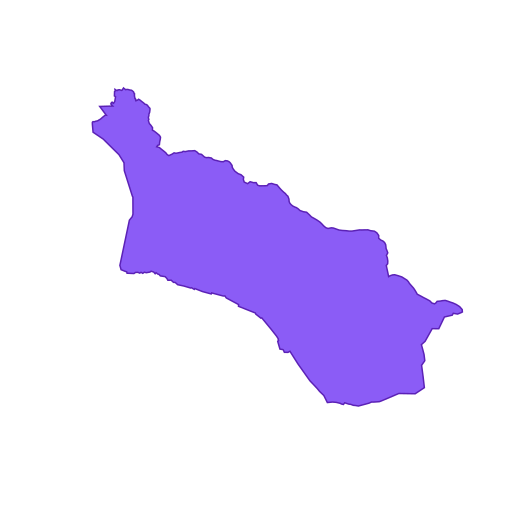 outline of Santa Catarina Lachatao, Oaxaca, Mexico, rotated 304°
{"feature_id": "50627088B86779722307239", "entity_name": "Santa Catarina Lachatao", "entity_type": "district", "adm_level": 2, "iso_a3": "MEX", "parent_name": "Mexico", "parent_adm1": "Oaxaca", "projection": "natural_earth1", "projection_center": [-96.485, 17.188], "detail": "fine", "context": "isolated", "style": "filled", "palette": "violet", "viewbox_px": 512, "rotation_deg": 304, "n_neighbors": 0, "source": "geoboundaries", "source_scale": "gbopen_adm2", "svg_char_len": 4939}
<svg xmlns="http://www.w3.org/2000/svg" viewBox="0 0 512 512"><g transform="rotate(304 256 256)"><path d="M325.0,458.4L326.9,456.9L327.9,453.2L327.8,449.1L327.2,445.6L326.4,442.8L325.8,440.3L325.0,437.7L323.3,435.6L321.7,434.0L319.7,431.5L317.9,431.4L316.2,430.8L315.4,428.1L316.0,425.2L315.6,421.1L315.2,418.0L315.0,415.5L314.7,412.9L314.5,411.0L315.5,409.1L316.7,406.5L317.5,404.5L318.3,401.4L319.1,398.4L319.9,396.7L320.4,394.6L320.3,391.4L320.2,388.6L319.2,385.0L318.0,381.4L316.6,379.7L314.6,378.2L313.1,377.5L321.0,369.3L323.2,369.5L325.5,368.1L327.9,365.9L329.4,363.8L332.3,363.5L333.9,361.3L334.9,359.7L336.5,358.4L337.9,357.2L339.1,355.0L339.4,352.9L339.0,350.5L339.3,347.8L341.6,346.3L342.8,343.2L342.8,340.3L341.0,336.7L340.3,334.2L338.3,331.3L336.7,329.1L335.5,327.2L330.2,321.5L328.7,319.2L327.4,316.6L325.4,313.2L324.0,310.4L322.5,304.6L321.5,302.7L319.1,300.3L318.5,298.1L318.8,295.3L319.5,292.3L319.9,289.9L319.9,286.5L319.7,283.3L319.4,280.1L320.0,277.3L320.6,273.5L319.2,270.5L318.3,267.0L318.7,264.5L318.7,262.4L318.3,260.8L318.0,258.5L318.2,256.4L318.7,254.5L319.7,253.0L321.6,251.5L323.4,249.0L323.6,247.2L324.2,245.5L324.4,243.2L324.9,240.2L325.6,237.4L326.7,233.6L325.8,231.5L324.9,228.4L322.7,226.1L320.7,226.0L319.4,224.4L316.2,219.8L315.6,217.8L316.9,215.1L315.4,212.9L314.3,209.6L311.3,208.6L310.7,204.9L312.4,202.7L314.5,201.7L315.0,198.2L314.3,195.1L314.5,191.0L315.5,188.2L316.3,186.7L317.7,185.5L318.8,182.7L319.1,181.2L318.9,179.2L317.9,177.2L315.9,176.2L314.6,174.1L313.3,170.5L313.3,170.3L312.4,168.3L312.0,166.1L312.3,164.2L311.1,161.5L309.8,159.9L309.2,158.1L309.8,154.0L308.7,151.5L309.2,148.9L309.1,146.3L307.2,143.9L305.4,141.3L303.0,139.0L302.1,137.1L300.6,136.5L299.2,134.9L297.8,133.6L296.4,132.2L295.7,130.4L293.4,129.4L290.5,127.6L290.4,125.6L291.1,123.6L291.3,121.9L291.6,118.2L291.9,115.1L291.0,112.6L292.7,112.6L294.2,113.7L296.8,112.3L299.4,111.3L301.1,110.4L302.0,108.5L302.4,104.6L302.6,101.7L302.4,99.8L304.6,98.4L305.1,97.0L305.4,96.3L305.9,94.7L306.0,93.9L306.6,92.9L307.4,91.9L308.3,90.9L309.3,90.8L310.3,89.6L311.0,89.1L312.3,88.8L313.7,87.9L315.6,87.5L318.0,86.3L319.1,85.5L319.5,83.7L319.8,82.9L320.2,81.8L320.3,81.0L320.2,80.2L319.7,78.9L320.0,77.7L320.1,76.5L320.2,74.7L320.4,72.9L320.3,71.0L318.9,70.6L317.5,69.6L317.8,69.2L318.4,69.0L318.5,68.8L318.6,68.4L318.8,68.3L318.8,67.8L319.0,67.8L319.1,67.7L319.2,67.2L319.5,67.0L319.8,66.7L320.0,66.5L320.2,66.2L320.5,66.0L320.8,65.6L321.2,65.5L321.6,65.1L322.0,64.9L322.3,64.8L322.5,64.7L322.5,64.3L322.8,63.8L323.0,63.5L323.1,63.4L323.3,63.2L323.5,62.9L323.6,62.5L323.7,61.9L323.8,60.9L323.8,60.5L323.8,60.1L323.6,59.7L323.4,59.2L323.0,58.6L323.0,58.4L322.8,57.8L322.6,57.1L322.4,56.7L322.1,56.1L321.9,55.8L321.6,55.5L321.4,55.3L321.2,55.1L321.0,54.9L321.2,52.2L320.7,52.3L320.3,52.2L319.5,52.2L318.9,52.2L318.6,52.2L318.4,52.2L318.2,52.1L318.2,51.9L318.1,51.7L317.8,51.0L317.7,50.4L317.6,50.0L317.4,49.7L317.1,49.3L316.9,49.3L316.8,49.2L316.6,48.9L316.5,48.7L316.3,48.6L316.0,48.4L315.7,48.4L315.4,48.3L315.4,48.2L315.3,47.4L315.3,46.7L315.3,46.1L315.3,45.9L315.0,46.1L314.5,46.7L314.2,46.9L314.0,47.0L313.9,47.0L313.4,46.9L313.2,46.8L309.5,49.1L309.5,50.5L305.1,52.5L304.5,52.5L303.6,52.5L302.9,52.5L302.8,52.3L302.8,52.0L302.9,51.8L303.0,51.5L303.1,51.1L303.1,50.7L302.7,50.5L302.4,50.5L302.2,50.4L301.1,50.6L300.9,50.6L300.2,53.4L292.6,42.8L289.0,53.1L288.7,52.5L287.5,51.9L286.6,51.7L285.2,51.2L283.9,50.9L282.8,50.6L281.8,50.2L280.7,49.6L279.8,49.3L279.0,48.7L278.5,48.1L277.9,47.6L277.1,47.1L276.5,46.2L276.2,45.7L275.3,45.6L273.8,46.6L267.5,51.7L267.5,63.9L266.7,68.1L263.4,85.7L259.5,94.4L253.1,99.1L236.5,120.0L236.0,121.0L221.9,130.6L219.3,131.4L214.9,131.0L172.1,148.4L169.2,151.8L170.1,156.0L170.6,157.7L169.6,158.7L173.2,164.6L175.0,165.3L176.4,167.2L176.8,169.2L178.2,169.8L178.3,171.8L180.1,172.5L180.8,174.4L183.4,177.1L184.7,177.5L185.5,180.1L184.9,182.3L186.3,182.5L186.1,184.7L186.5,186.0L186.0,187.8L188.1,192.3L187.5,194.8L186.6,196.5L188.5,199.2L188.0,202.3L188.9,203.8L188.4,207.1L190.7,212.8L192.9,219.7L193.6,220.2L193.8,223.5L194.8,223.5L196.6,231.6L199.5,240.1L200.6,239.9L204.5,251.2L205.5,252.5L204.6,254.8L206.0,268.7L204.5,269.6L208.4,287.4L207.7,288.3L207.2,294.8L207.9,295.4L203.9,309.0L201.1,317.7L199.7,321.0L198.7,321.3L198.4,322.0L197.3,321.8L196.3,323.0L192.2,327.9L193.1,329.9L193.4,330.4L193.4,331.2L192.0,333.4L194.0,336.4L196.0,337.4L190.0,351.1L182.7,370.5L180.4,380.8L179.3,384.4L178.3,390.2L174.4,397.1L177.7,401.1L179.5,404.3L181.0,408.3L181.0,409.4L181.8,411.5L183.9,411.6L185.1,415.8L186.0,417.5L186.6,420.1L187.7,422.1L188.9,424.8L197.2,432.0L199.5,433.4L200.6,435.1L204.2,439.7L205.7,440.8L221.9,451.3L230.8,465.0L241.0,469.2L249.3,462.1L258.0,454.4L263.0,454.5L263.7,454.4L268.4,450.3L271.3,447.0L275.0,442.7L279.8,443.9L294.3,442.7L297.9,448.2L310.8,446.3L316.7,451.8L318.8,451.6L320.6,455.6L323.7,457.7L325.0,458.4Z" fill="#8b5cf6" stroke="#5b21b6" stroke-width="1.5"/></g></svg>